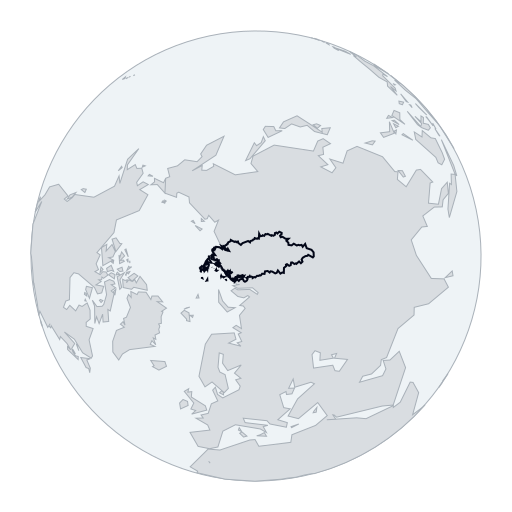 the Earth from above Krasnoyarsk, rotated 258°
{"feature_id": "RUS-2603", "entity_name": "Krasnoyarsk", "entity_type": "Territory", "adm_level": 1, "iso_a3": "RUS", "parent_name": "Russia", "parent_adm1": "", "projection": "orthographic", "projection_center": [95.961, 66.535], "detail": "fine", "context": "on_globe", "style": "outline", "palette": "ink", "viewbox_px": 512, "rotation_deg": 258, "n_neighbors": 0, "source": "natural_earth", "source_scale": "10m", "svg_char_len": 17755}
<svg xmlns="http://www.w3.org/2000/svg" viewBox="0 0 512 512"><g transform="rotate(258 256 256)"><circle cx="256" cy="256" r="225" fill="#eef3f6" stroke="#a8b0b8"/><path d="M333.7,44.5L333.8,44.6L353.9,57.8L344.8,49.1L352.5,53.0L358.8,57.5L355.3,56.1L359.6,62.2L366.5,68.5L367.2,77.9L353.8,84.6L351.6,80.3L348.6,82.6L351.3,88.4L353.8,91.6L347.2,109.7L353.7,132.1L362.8,138.7L355.3,137.9L377.3,150.5L385.4,163.7L371.9,149.2L367.2,148.0L370.5,156.9L366.4,157.7L365.6,162.5L360.4,162.8L352.9,154.6L349.4,154.6L352.0,161.0L348.3,165.5L345.1,156.1L338.4,163.0L324.7,151.2L320.3,127.0L308.4,121.9L292.4,101.1L289.5,103.8L281.6,98.0L275.4,99.1L274.2,95.2L270.2,99.6L272.5,102.9L271.5,106.0L268.1,107.1L265.9,102.2L267.4,100.9L264.9,100.1L265.4,97.2L263.2,99.2L261.0,93.4L258.0,100.7L252.0,97.4L251.9,93.1L258.7,91.5L275.4,78.7L277.5,74.4L273.6,69.6L252.0,64.4L251.5,60.6L245.8,57.0L243.0,59.7L246.4,63.6L239.8,68.2L244.8,72.7L242.8,75.4L245.2,81.1L237.5,82.4L228.8,80.7L226.4,76.1L222.5,75.3L218.9,81.6L208.7,75.3L192.2,75.3L190.3,73.6L197.4,66.3L212.3,61.1L221.5,52.8L208.1,60.5L203.8,56.5L200.0,57.0L195.9,58.7L194.7,61.2L191.7,60.5L203.7,52.3L206.6,52.8L202.8,55.3L209.8,52.9L217.9,47.9L215.1,46.6L230.3,41.2L228.4,40.3L230.7,38.8L232.6,40.6L229.5,37.5L246.9,33.1L243.0,31.2L254.9,32.2L264.0,32.5L274.9,33.1L274.4,32.6L289.3,34.7L302.1,36.2L305.5,36.2L333.7,44.5ZM458.3,165.4L456.8,164.4L456.5,161.9L458.3,165.4ZM456.6,166.1L457.0,165.9L456.9,166.5L456.6,166.1ZM457.1,167.9L456.8,166.6L457.3,168.3L457.1,167.9ZM457.8,170.6L457.3,169.1L457.5,169.3L457.8,170.6ZM458.3,174.3L458.4,175.2L457.8,173.6L458.3,174.3ZM234.2,32.1L238.3,31.8L234.3,32.2L234.2,32.1ZM355.5,93.0L351.8,88.4L350.9,83.1L354.5,86.8L355.5,93.0ZM356.6,103.9L353.7,101.8L357.3,98.9L357.8,101.0L356.6,103.9ZM370.3,143.5L368.0,139.0L371.7,143.2L370.3,143.5ZM366.5,163.2L368.4,164.3L367.2,166.4L366.5,163.2ZM249.2,80.0L247.2,80.5L247.8,79.2L249.2,80.0ZM252.1,82.1L254.2,80.2L255.9,80.9L254.6,82.1L252.1,82.1ZM358.0,168.7L355.4,171.8L356.8,167.2L358.0,168.7ZM249.2,84.3L258.6,82.4L261.6,83.8L259.0,89.4L249.2,84.3ZM353.1,172.8L346.9,180.8L350.8,183.8L336.4,180.0L346.4,174.3L347.5,168.0L349.6,172.2L353.1,172.8ZM274.7,103.6L272.2,100.0L277.5,102.1L274.7,103.6ZM278.4,104.2L296.3,106.6L298.4,112.5L292.0,110.4L297.2,117.6L289.5,119.3L284.8,115.8L285.0,111.5L281.9,115.4L278.4,104.2ZM329.5,176.7L326.9,177.5L328.2,175.1L329.5,176.7ZM271.6,107.4L275.0,107.3L277.0,112.4L270.5,113.6L272.0,111.6L271.6,107.4ZM302.4,118.7L302.8,122.9L296.6,125.4L295.9,127.3L289.5,119.9L302.4,118.7ZM269.7,110.9L267.2,114.2L263.1,112.7L268.3,107.9L269.7,110.9ZM280.3,113.3L281.0,115.8L278.5,114.8L280.3,113.3ZM247.0,109.8L251.0,109.4L252.5,112.0L247.0,109.8ZM266.5,115.5L267.9,116.0L269.0,117.0L266.5,118.8L266.5,115.5ZM285.5,122.2L282.9,122.5L287.9,125.4L283.4,127.5L279.9,122.2L279.6,125.4L278.2,126.1L276.9,121.0L285.5,122.2ZM267.0,123.7L261.0,118.0L253.2,118.1L251.7,115.8L264.6,115.9L267.0,123.7ZM272.9,122.6L268.9,122.7L269.1,119.6L272.0,117.6L272.9,122.6ZM281.7,130.9L289.4,129.0L289.9,130.3L281.7,130.9ZM264.7,124.4L266.2,125.8L264.1,124.8L264.7,124.4ZM276.4,129.6L279.1,128.7L279.6,130.1L276.4,129.6ZM267.0,129.4L265.0,127.5L266.9,126.0L267.0,129.4ZM271.3,130.0L271.3,132.2L268.7,126.6L272.4,129.3L271.3,130.0ZM276.4,131.1L277.6,131.6L275.3,131.2L276.4,131.1ZM261.0,136.3L257.3,129.6L261.4,126.3L264.4,133.2L261.0,136.3ZM44.1,179.4L56.3,153.2L57.6,154.2L63.5,147.8L77.1,169.0L73.7,180.4L77.3,211.7L76.6,216.9L69.3,219.2L66.5,251.3L73.7,254.0L77.9,279.1L85.1,292.5L99.8,285.9L88.1,263.7L92.8,254.1L107.6,267.0L118.9,286.6L121.1,283.5L119.6,266.6L128.0,266.8L119.8,260.4L118.8,266.2L113.7,262.5L114.2,257.0L117.2,257.2L115.4,250.4L101.9,251.6L99.4,257.6L91.3,243.3L86.5,252.0L82.2,250.1L88.8,234.7L92.6,232.5L100.0,209.8L95.3,210.7L87.9,232.4L87.6,227.6L81.2,229.5L85.9,224.3L95.2,200.8L91.6,187.2L77.1,179.0L77.2,170.5L81.8,159.8L97.2,154.8L95.3,174.7L100.8,173.6L109.8,163.6L108.5,170.7L111.9,169.2L112.0,176.5L120.7,181.6L122.2,188.5L133.8,185.7L136.1,189.0L128.6,189.6L124.1,194.0L128.7,211.5L132.0,213.5L139.1,210.4L139.5,215.8L145.9,210.6L152.5,218.9L149.8,204.5L158.1,201.0L166.6,203.6L168.9,199.9L155.1,195.7L150.0,196.5L146.4,201.1L132.2,201.4L128.9,196.5L141.9,186.8L138.6,178.9L150.2,175.2L180.3,188.1L188.7,196.3L185.3,218.7L178.7,219.1L176.5,211.1L170.9,222.5L175.0,219.6L175.3,224.3L183.4,222.4L184.0,225.6L190.7,218.5L192.3,222.2L188.0,226.7L201.4,227.5L207.0,234.5L209.7,233.2L211.0,229.8L217.3,241.2L219.0,239.7L217.6,235.4L220.2,229.8L227.2,224.4L228.9,228.6L226.7,231.1L224.6,243.0L218.2,249.3L219.7,250.5L225.6,246.0L228.2,231.5L231.8,227.1L231.6,234.0L232.0,231.1L234.4,230.3L238.4,233.5L239.1,226.0L263.0,211.9L273.2,217.0L270.3,224.5L288.8,220.1L298.9,226.8L297.6,222.7L305.6,218.2L302.6,216.0L302.6,213.7L321.8,202.0L327.7,202.7L334.5,193.6L333.9,191.6L329.9,190.5L336.4,180.0L350.8,183.8L351.5,188.1L360.0,187.8L360.5,197.9L364.9,206.3L360.5,218.0L364.4,223.9L367.3,223.1L374.6,230.7L379.8,249.6L362.9,237.7L352.6,211.3L355.7,222.2L351.2,220.8L350.0,225.5L352.5,233.3L355.1,233.4L339.7,252.6L338.2,275.3L347.5,270.3L354.3,273.9L360.7,296.8L346.7,334.0L355.6,340.3L356.8,346.1L350.4,352.2L348.5,344.0L341.3,343.2L341.2,337.8L330.4,345.3L329.7,337.9L321.6,347.7L325.7,352.5L335.5,348.4L328.7,360.4L339.9,367.0L342.2,377.6L326.8,400.4L309.7,409.3L308.8,412.4L301.5,410.2L292.5,417.3L306.7,430.7L306.5,434.9L291.6,444.3L291.2,441.5L271.8,435.7L268.7,445.2L283.3,451.5L288.4,458.4L277.3,457.2L272.1,450.7L265.3,448.4L266.8,440.5L260.5,427.5L249.3,429.7L249.9,424.2L239.5,411.2L223.3,413.0L197.6,422.8L194.5,435.2L185.5,437.7L173.4,414.9L172.9,400.1L165.4,398.3L155.5,379.8L129.5,362.6L128.6,357.0L123.1,355.1L116.6,344.5L116.2,335.4L111.0,331.0L112.6,354.9L118.5,359.6L127.4,358.7L126.4,365.4L133.0,376.3L115.7,379.1L81.7,359.2L83.0,348.3L81.6,301.3L84.3,299.3L84.4,298.9L84.7,298.1L79.7,300.2L81.1,291.2L76.8,320.8L74.0,329.8L81.1,359.2L79.3,358.8L83.0,366.7L100.6,380.6L99.7,383.3L88.5,386.7L68.2,376.2L73.6,387.8L75.2,390.4L65.9,376.9L57.6,362.7L50.4,348.0L44.2,332.7L39.2,317.1L35.3,301.1L32.6,284.9L31.1,268.6L31.0,268.0L31.5,265.0L31.7,257.7L31.3,249.1L32.2,240.3L32.4,234.5L35.9,208.2L44.1,179.4ZM65.1,167.0L62.9,168.1L65.1,167.0ZM125.9,313.5L135.8,324.0L139.7,311.5L143.9,314.6L143.7,309.3L140.0,310.5L140.7,296.8L148.0,298.8L151.1,294.0L147.9,290.3L134.4,289.0L133.2,308.4L127.4,309.4L125.9,313.5ZM235.9,31.7L232.8,32.0L233.5,31.9L235.9,31.7ZM231.3,32.4L232.5,32.3L234.2,32.3L231.3,32.4ZM203.1,57.0L202.1,57.7L197.8,59.0L199.5,57.6L203.1,57.0ZM180.8,70.6L176.4,69.1L180.7,69.0L182.2,66.6L193.1,63.5L190.0,72.6L189.5,68.9L180.8,70.6ZM206.7,62.3L200.2,63.0L207.5,61.9L206.7,62.3ZM130.8,154.8L128.0,158.8L123.9,158.5L122.1,150.4L128.1,150.7L130.8,154.8ZM125.1,164.6L138.5,157.7L140.2,162.6L137.0,161.0L136.7,165.0L131.5,163.4L120.0,175.3L115.5,175.8L114.7,160.2L117.4,164.9L119.9,160.5L125.1,164.6ZM169.9,133.5L175.7,131.3L171.7,144.9L166.7,145.5L164.6,137.3L169.3,131.8L169.9,133.5ZM242.7,94.8L245.2,93.6L245.8,94.8L244.2,97.0L242.7,94.8ZM248.8,109.4L232.5,102.0L234.5,100.0L222.6,98.3L223.2,92.7L231.0,93.9L222.5,88.5L229.8,87.4L223.5,84.3L240.6,87.7L246.8,86.7L239.6,89.9L238.8,95.0L240.3,97.0L249.2,101.8L262.1,102.4L263.4,107.9L260.9,111.6L258.0,112.2L258.0,108.4L254.1,112.1L252.0,107.1L248.8,109.4ZM230.5,155.2L231.9,149.9L223.6,157.6L221.5,152.2L220.6,153.4L216.4,150.6L209.8,149.4L209.8,146.6L207.3,147.3L204.4,145.6L200.9,145.7L199.7,140.8L195.3,140.7L197.2,138.5L190.0,139.5L194.8,136.6L191.6,134.2L188.6,138.3L190.7,112.9L187.9,105.0L182.8,100.1L191.9,96.0L202.4,98.1L212.2,104.0L213.7,112.4L217.5,109.2L219.4,112.3L215.6,113.5L222.5,113.5L223.0,116.5L231.8,122.5L241.5,121.0L244.9,123.3L241.4,125.3L247.3,126.2L243.0,131.7L245.3,133.5L243.4,140.9L235.2,144.1L238.5,145.9L237.2,151.8L230.5,155.2ZM260.2,138.3L250.8,143.0L245.1,142.5L250.8,129.9L249.3,127.4L252.7,119.6L261.0,120.7L259.3,122.8L259.5,125.1L256.8,123.8L259.1,126.6L256.8,129.6L257.9,132.6L254.6,133.3L260.2,138.3ZM80.0,219.3L80.2,222.8L81.5,227.4L77.5,228.8L80.0,219.3ZM86.0,203.2L86.8,205.7L81.7,209.7L81.5,206.2L86.0,203.2ZM91.6,203.9L87.2,205.5L89.4,202.6L91.6,203.9ZM129.8,191.8L131.2,194.4L129.6,195.7L126.9,195.4L129.8,191.8ZM205.6,177.8L207.2,174.6L208.7,175.0L215.7,170.7L217.8,174.5L214.4,178.6L205.6,177.8ZM95.3,284.1L90.7,282.4L90.8,279.3L92.3,280.5L95.3,284.1ZM81.8,254.8L82.8,263.0L80.7,255.1L81.8,254.8ZM209.1,181.2L211.7,179.0L211.1,182.3L209.1,181.2ZM219.7,177.1L219.8,180.7L218.9,174.4L219.7,177.1ZM89.4,407.6L93.3,411.8L95.5,413.1L101.0,419.4L100.9,419.3L89.4,407.6ZM342.8,458.5L349.1,456.3L348.8,456.6L342.8,458.5ZM336.3,459.9L343.6,457.4L334.9,460.9L336.3,459.9ZM346.4,456.3L353.8,452.8L357.1,451.0L356.4,451.9L346.4,456.3ZM331.3,461.5L303.6,468.2L292.6,469.1L295.3,467.6L313.2,464.6L331.3,461.5ZM294.4,467.7L277.3,465.9L253.4,453.1L262.0,453.5L286.9,460.5L285.3,462.0L295.6,463.9L294.4,467.7ZM335.2,451.7L333.6,455.8L318.4,459.6L311.4,460.6L306.6,456.7L309.3,453.5L315.1,452.4L336.8,436.5L344.4,436.6L337.9,443.1L344.1,444.7L335.2,451.7ZM195.5,436.6L200.6,444.8L195.7,444.6L195.5,436.6ZM345.1,425.5L336.6,433.5L344.2,424.0L345.1,425.5ZM349.4,417.0L350.1,419.6L346.4,418.2L349.4,417.0ZM309.0,416.9L302.9,418.7L302.6,416.5L310.1,412.8L309.0,416.9ZM343.8,386.3L344.5,393.6L343.6,396.4L340.5,393.0L343.8,386.3ZM231.0,212.4L218.9,214.0L211.7,218.1L209.8,224.8L207.2,216.2L218.5,209.9L231.0,212.4ZM258.9,211.4L260.4,205.8L263.2,207.9L263.2,209.5L258.9,211.4ZM257.4,208.3L252.9,202.1L256.0,198.8L258.9,204.3L257.4,208.3ZM230.5,191.3L226.8,191.5L227.3,188.7L230.5,191.3ZM319.8,472.1L345.3,462.7L364.3,452.0L376.6,445.3L387.2,436.5L399.3,428.1L394.5,433.2L404.6,425.3L392.0,435.6L378.7,444.9L364.7,453.3L350.2,460.6L335.2,466.9L319.8,472.1ZM406.6,423.5L416.7,412.3L419.4,411.1L406.6,423.5ZM358.4,452.3L367.4,446.2L372.0,443.6L358.4,452.3ZM457.0,357.8L455.1,361.4L455.4,360.6L457.0,357.8ZM457.4,356.7L458.1,355.5L457.4,356.7ZM454.0,362.4L456.2,359.0L453.7,363.0L454.0,362.4ZM452.5,365.0L450.8,367.5L450.9,367.1L452.5,365.0ZM429.9,395.6L436.8,389.8L430.6,397.2L424.0,402.9L417.7,410.5L404.1,421.9L407.6,418.0L406.0,417.4L391.3,427.0L388.3,427.3L393.8,422.8L383.8,427.6L394.8,420.0L399.0,420.5L405.2,413.4L415.2,405.9L424.7,398.3L431.8,392.9L429.9,395.6ZM394.4,427.2L396.2,425.9L394.5,427.9L394.4,427.2ZM447.4,371.4L449.9,368.7L449.6,369.5L448.3,371.3L447.4,371.4ZM433.5,390.6L441.3,379.0L443.1,376.8L437.8,385.8L433.5,390.6ZM439.7,379.6L443.1,375.6L444.7,374.7L444.0,376.0L439.7,379.6ZM372.0,437.7L371.5,438.8L368.6,439.6L372.0,437.7ZM375.8,435.1L384.5,431.2L375.0,436.4L375.8,435.1ZM348.4,444.1L351.1,445.5L359.6,440.5L353.1,445.3L358.7,446.5L356.6,448.6L351.1,447.2L348.9,451.9L345.1,453.2L343.2,450.7L347.1,444.7L350.9,441.3L366.1,434.0L348.4,444.1ZM375.8,432.4L373.5,430.7L375.2,427.8L377.8,428.0L375.8,432.4ZM366.2,426.4L359.6,425.1L353.8,429.1L365.2,418.1L369.7,421.3L366.2,426.4ZM360.1,419.5L354.8,423.3L360.1,417.3L360.1,419.5ZM353.3,422.3L352.4,419.4L356.7,418.1L353.3,422.3ZM363.0,418.4L363.5,412.5L366.0,414.8L363.0,418.4ZM349.8,412.6L359.6,414.4L347.3,416.8L345.5,405.5L350.6,403.3L349.8,412.6ZM370.2,346.3L368.2,342.6L372.5,339.2L372.7,342.7L370.2,346.3ZM384.6,325.3L373.0,337.0L363.3,346.5L367.0,346.9L366.0,355.3L359.8,350.9L365.6,339.1L373.2,333.2L373.0,326.1L377.8,318.3L374.7,310.7L376.4,305.6L381.5,310.8L384.6,325.3ZM373.1,307.7L369.5,292.5L378.2,289.4L380.9,292.1L378.9,300.3L374.4,301.4L373.1,307.7ZM371.2,288.0L366.8,289.0L352.4,270.3L351.5,265.7L367.1,277.9L363.8,279.5L365.8,284.7L371.2,288.0ZM328.4,179.6L327.0,177.7L329.6,178.3L328.4,179.6ZM300.7,212.7L301.1,209.7L304.1,210.3L300.7,212.7ZM303.9,201.9L300.3,203.2L303.4,200.0L303.9,201.9ZM292.3,206.5L298.5,202.8L293.6,208.9L292.3,206.5Z" fill="#d9dde1" stroke="#a8b0b8" stroke-width="1"/><path d="M235.5,230.2L236.7,230.6L238.6,233.7L240.5,234.0L240.0,235.2L238.9,235.5L238.6,237.4L238.0,238.2L238.0,239.6L238.1,238.2L239.4,236.7L239.5,237.7L238.4,239.8L239.0,240.3L238.9,239.3L240.1,239.0L239.8,236.3L240.8,234.5L239.5,232.4L239.7,231.6L238.2,230.2L238.8,228.6L238.3,227.7L238.7,227.6L238.5,227.1L239.0,226.3L246.3,226.5L244.7,227.8L244.6,228.4L245.5,229.9L244.7,228.0L246.3,227.6L247.0,226.6L245.4,224.5L246.8,224.7L246.1,224.0L246.4,223.8L245.4,223.4L245.9,222.7L246.6,223.7L246.5,223.3L247.3,222.5L247.1,222.3L247.7,222.2L247.0,221.6L247.9,221.9L249.4,220.5L249.8,220.8L250.1,220.3L251.7,220.2L251.9,219.8L252.5,219.9L253.7,219.5L254.3,219.1L253.0,219.0L254.1,218.7L253.9,218.4L256.7,219.1L256.5,219.4L258.7,217.9L259.6,218.7L259.5,219.7L259.7,218.4L258.6,217.0L261.8,217.2L260.5,216.6L260.7,215.8L260.4,215.4L262.1,212.2L263.3,211.8L264.8,212.9L263.2,214.3L266.2,214.4L265.5,216.2L269.5,214.4L270.7,215.2L270.5,215.8L271.4,215.6L271.3,216.0L271.7,216.3L271.5,216.7L271.9,215.7L272.6,217.2L272.9,217.1L273.0,218.3L272.9,217.9L272.4,217.9L271.7,217.4L271.5,217.5L273.3,218.8L272.2,222.1L270.3,223.9L270.8,223.9L269.3,226.9L268.3,227.1L266.6,230.7L268.8,230.0L267.6,229.3L272.3,226.0L272.6,226.2L271.8,227.3L272.9,228.4L272.9,229.5L273.9,230.4L273.8,230.9L275.1,231.6L275.8,234.3L276.9,234.7L274.3,237.8L274.6,238.6L273.6,239.7L274.0,240.3L273.9,241.4L272.6,241.3L270.0,243.5L271.4,245.5L272.3,251.4L270.6,253.0L271.8,253.7L272.0,256.0L272.7,256.7L272.8,258.0L273.8,258.5L272.6,260.6L273.0,261.2L272.4,262.4L277.1,263.7L274.4,264.4L274.4,266.4L274.9,266.8L274.0,268.2L275.5,269.8L274.9,271.2L275.2,272.1L272.6,275.2L273.1,275.8L272.2,277.2L272.8,278.9L274.5,279.3L274.7,280.8L273.5,281.6L274.9,283.8L273.3,285.9L272.1,285.6L270.8,283.7L269.2,284.1L269.3,285.9L266.7,288.5L266.1,291.4L264.5,288.9L262.3,290.4L260.1,290.1L259.0,293.1L260.2,295.5L257.8,298.1L258.1,299.8L257.4,301.0L257.4,302.9L255.3,303.6L257.6,306.6L253.1,307.2L250.5,311.6L247.6,313.1L243.6,312.4L242.8,311.3L246.3,307.3L245.5,306.4L245.6,304.3L244.6,301.4L243.1,299.9L240.8,300.3L239.6,298.4L241.7,297.0L239.9,293.9L240.5,293.5L240.2,291.9L242.2,290.1L242.3,289.0L239.8,288.0L239.5,286.4L241.6,284.6L241.3,283.5L239.9,283.5L238.6,280.9L233.7,279.7L234.4,278.3L233.7,276.2L237.3,274.4L235.2,272.7L235.0,271.2L237.4,268.6L238.0,267.0L237.0,265.9L238.9,264.3L239.1,261.6L236.7,260.6L237.4,258.3L236.1,256.8L236.0,255.8L236.4,255.4L236.0,254.2L236.4,252.9L235.2,250.9L235.8,249.9L235.2,248.2L236.1,248.3L236.9,247.0L236.8,245.9L237.7,245.7L237.1,245.0L237.3,243.6L236.5,243.3L236.5,242.3L235.3,243.0L234.0,242.1L233.2,240.4L233.2,239.7L234.1,238.9L236.2,238.4L236.4,237.4L236.6,235.8L235.2,234.0L237.1,232.6L235.5,230.2ZM258.9,207.1L257.1,208.1L255.2,207.1L254.8,205.5L254.4,205.6L254.5,205.0L254.0,205.6L253.8,205.2L255.1,204.2L254.8,203.9L255.3,203.1L257.1,202.9L257.4,203.3L256.9,204.7L257.8,203.3L258.8,204.1L258.7,206.1L258.2,206.2L258.9,207.1ZM255.9,198.6L257.3,200.8L256.7,201.0L257.0,202.3L256.8,202.6L255.0,203.0L254.5,203.5L253.4,202.8L254.2,202.3L253.0,202.3L253.8,202.0L253.3,201.7L253.9,201.5L254.3,200.5L253.8,200.5L254.2,199.7L255.8,198.9L255.5,198.7L255.9,198.6ZM263.3,208.4L263.0,209.4L258.7,211.0L259.4,208.2L260.0,208.1L259.7,208.0L259.7,207.3L259.8,207.1L260.2,207.3L260.2,207.2L259.7,207.0L259.8,206.4L260.6,205.5L261.2,205.9L260.9,207.8L261.6,206.4L263.3,208.4ZM252.5,203.2L254.5,203.9L254.0,204.6L253.2,204.7L253.5,204.5L252.5,203.2ZM272.7,224.5L271.1,226.4L270.7,225.9L271.1,225.0L272.7,224.5ZM237.2,229.1L236.9,229.2L236.2,228.5L237.1,227.7L237.2,229.1ZM253.3,199.0L253.1,199.4L252.3,198.9L252.5,198.7L253.3,199.0ZM245.8,198.5L246.5,198.8L245.5,198.9L245.8,198.5ZM243.1,203.5L242.4,203.4L242.5,203.2L242.2,203.0L242.2,202.7L243.1,203.5ZM256.6,217.9L256.4,218.5L255.3,218.1L255.4,217.8L256.6,217.9ZM256.5,214.3L256.2,215.1L255.4,215.1L255.5,214.9L256.5,214.3ZM242.6,219.3L242.1,220.6L241.8,219.8L242.6,219.3ZM265.4,209.8L265.3,210.2L264.4,210.0L265.1,209.7L265.4,209.8ZM250.3,213.6L250.7,214.0L250.1,213.9L250.3,213.6ZM239.1,239.2L239.9,237.9L239.5,239.0L239.1,239.2ZM246.9,222.2L246.5,222.5L246.7,222.9L246.1,222.4L246.9,222.2ZM270.4,214.8L270.7,214.5L271.1,214.9L271.1,215.2L270.4,214.8ZM264.6,209.3L264.2,209.8L264.0,209.7L264.6,209.3ZM242.4,224.7L242.8,225.1L242.0,224.9L242.4,224.7ZM250.0,214.2L249.8,214.8L249.6,214.4L249.7,214.2L250.0,214.2ZM245.4,223.6L245.8,223.9L245.2,224.0L245.4,223.6ZM244.9,223.5L245.2,223.8L244.7,223.7L244.9,223.5ZM244.0,217.9L243.6,218.0L243.1,217.6L243.5,217.6L244.0,217.9ZM265.8,212.8L266.1,213.1L265.7,213.3L265.8,212.8ZM256.2,216.2L256.3,216.5L255.9,216.6L256.2,216.2ZM241.6,224.6L241.9,224.8L241.5,224.7L241.6,224.6ZM256.7,218.8L257.3,218.5L256.7,219.0L256.7,218.8ZM257.0,217.8L257.0,218.0L256.8,218.3L256.7,218.1L256.8,217.6L257.0,217.8ZM238.9,221.9L238.9,222.5L238.7,222.0L238.9,221.9ZM245.4,223.0L244.8,222.8L245.3,222.7L245.4,223.0ZM244.4,223.7L244.0,223.9L244.2,224.1L243.9,223.8L244.4,223.7ZM243.6,225.4L243.6,225.7L243.0,225.4L243.6,225.4ZM254.9,218.1L255.0,218.2L254.5,218.1L254.9,218.1ZM245.6,227.3L245.9,227.5L245.4,227.5L245.6,227.3ZM265.3,212.5L265.2,212.8L265.1,212.5L265.3,212.5ZM255.2,216.2L255.4,216.4L255.0,216.4L255.2,216.2ZM258.8,204.6L259.1,204.7L258.8,205.0L258.8,204.6ZM253.0,205.7L253.5,205.6L253.3,205.8L253.0,205.7ZM257.3,216.2L257.5,216.6L257.2,216.3L257.3,216.2ZM242.4,217.6L243.0,218.0L242.4,217.6L242.4,217.6ZM255.5,216.2L255.9,216.3L255.6,216.4L255.5,216.2ZM253.9,205.7L253.7,205.8L253.6,205.7L253.9,205.7ZM254.4,210.6L254.1,210.6L254.4,210.6ZM254.9,203.4L254.8,203.6L254.6,203.6L254.9,203.4ZM272.0,215.3L271.7,215.4L272.0,215.3ZM253.2,206.8L253.6,207.0L253.2,206.8L253.2,206.8ZM257.5,215.9L257.4,216.2L257.1,216.0L257.5,215.9ZM252.6,212.5L252.8,212.6L252.6,212.5L252.6,212.5ZM256.4,217.7L256.7,217.6L256.4,217.7ZM254.2,216.5L254.5,216.7L254.1,216.6L254.2,216.5ZM252.6,205.2L252.8,205.5L252.3,205.1L252.6,205.2ZM255.2,218.1L255.3,218.3L255.1,218.3L255.2,218.1ZM264.5,213.4L264.5,213.2L264.7,213.3L264.5,213.4Z" fill="none" stroke="#020617" stroke-width="2"/></g></svg>